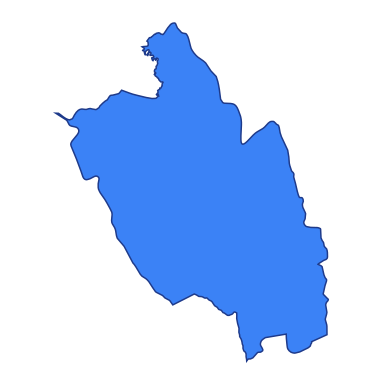 Sambú, Emberá, Panama (Mercator projection)
{"feature_id": "35544464B41200753641773", "entity_name": "Sambú", "entity_type": "district", "adm_level": 2, "iso_a3": "PAN", "parent_name": "Panama", "parent_adm1": "Emberá", "projection": "mercator", "projection_center": [-78.143, 7.844], "detail": "fine", "context": "isolated", "style": "filled", "palette": "blue", "viewbox_px": 384, "rotation_deg": 0, "n_neighbors": 0, "source": "geoboundaries", "source_scale": "gbopen_adm2", "svg_char_len": 5859}
<svg xmlns="http://www.w3.org/2000/svg" viewBox="0 0 384 384"><path d="M145.8,278.6L147.2,279.8L148.8,281.6L153.0,288.1L155.5,291.7L156.5,292.4L162.4,295.4L163.1,296.0L164.9,297.9L169.4,300.3L170.0,300.9L172.8,304.9L194.3,294.0L196.4,294.9L198.8,296.4L201.6,296.6L202.6,296.9L203.8,297.6L204.6,298.0L205.6,298.1L206.6,297.9L207.2,298.2L208.9,299.9L211.3,301.1L211.9,301.6L214.6,305.7L217.2,307.3L218.7,309.4L221.0,310.2L221.9,311.1L223.0,312.6L224.4,313.1L227.4,315.3L229.1,315.4L230.4,314.8L231.9,314.3L232.7,313.7L233.7,312.4L234.4,312.0L235.1,312.1L236.7,312.9L236.8,314.9L236.7,318.5L237.6,323.4L239.0,328.3L238.9,332.3L239.7,335.2L239.6,335.8L239.6,336.2L240.0,337.2L241.0,338.8L241.7,340.7L242.0,342.0L242.3,344.1L243.0,345.7L243.0,348.4L243.5,350.0L244.0,351.1L245.3,352.1L246.0,353.6L246.1,354.7L246.1,356.8L246.6,359.5L246.7,361.0L248.1,359.1L248.7,359.0L250.6,358.9L252.9,357.8L257.5,352.6L258.2,352.3L260.7,352.1L261.8,351.4L262.6,350.8L262.8,350.2L262.8,349.6L262.2,348.2L260.6,345.4L260.4,344.3L260.5,343.1L261.1,341.3L261.9,340.2L263.4,338.9L265.4,337.6L286.2,334.1L286.4,338.7L287.1,345.7L287.4,347.7L287.8,348.9L289.1,350.7L291.0,352.2L293.0,352.9L294.7,353.1L295.8,352.9L299.8,351.9L308.0,347.9L309.2,347.0L310.3,346.0L310.8,344.3L311.7,342.7L311.6,341.7L327.0,334.7L326.9,326.2L326.7,324.7L325.3,319.7L325.4,318.5L326.6,314.1L326.9,312.3L325.7,305.0L325.9,303.9L326.4,302.5L328.0,300.6L328.3,299.5L328.1,299.1L327.1,298.2L323.7,294.7L323.3,294.2L323.2,293.8L325.0,285.7L326.5,281.0L326.6,279.9L326.4,279.3L325.1,277.7L323.9,274.7L322.1,266.7L321.1,265.8L318.0,264.3L318.2,264.0L318.7,263.6L323.7,260.4L326.1,259.4L327.1,258.4L327.4,257.6L327.5,256.6L327.4,252.4L327.1,250.4L326.6,248.9L324.8,247.0L324.2,246.1L323.5,242.5L322.1,240.4L321.0,237.9L320.6,229.3L320.4,228.7L319.3,228.1L317.6,227.6L310.7,227.4L307.0,226.7L306.0,226.3L305.3,225.7L304.6,224.8L304.0,223.7L303.8,222.7L303.8,221.8L305.1,218.8L305.6,213.7L305.2,212.5L302.8,207.3L302.5,205.8L302.4,204.1L303.3,201.4L303.1,199.5L302.6,198.4L302.1,197.8L301.5,197.6L300.0,197.6L299.4,197.3L298.9,196.4L298.3,194.9L297.3,191.4L295.4,183.2L293.8,177.4L293.7,176.5L293.9,174.6L293.8,173.8L293.3,172.8L291.7,171.1L291.4,170.5L289.8,165.6L289.3,163.3L288.8,156.9L287.7,150.2L281.4,136.7L280.1,132.7L279.2,127.6L278.6,125.7L278.0,125.0L276.4,124.2L275.9,123.5L274.0,121.7L273.2,121.4L272.0,121.4L270.9,121.5L269.9,121.9L268.3,123.1L264.6,127.1L262.9,128.5L257.1,131.9L255.4,133.1L253.3,135.0L247.2,141.4L245.5,142.9L244.3,143.7L243.3,144.1L242.5,144.1L241.8,143.7L241.4,142.9L241.1,142.0L240.9,139.6L240.9,135.8L241.4,124.9L241.4,122.3L241.1,119.2L240.7,117.0L240.4,115.9L238.5,110.7L237.2,107.8L236.1,106.1L235.2,105.2L234.3,104.5L232.9,103.9L230.7,103.5L224.3,103.2L223.4,102.9L222.7,102.5L220.6,99.3L219.3,89.2L218.5,84.7L217.8,81.6L216.2,76.5L210.9,70.9L205.9,63.3L205.4,62.7L203.3,60.9L197.7,57.0L196.0,55.4L193.7,52.7L192.1,50.3L191.1,48.4L190.4,45.9L188.8,39.5L187.8,36.5L186.8,34.7L186.3,34.0L185.6,33.6L182.8,33.1L181.5,32.5L177.4,28.0L175.6,23.7L175.2,23.3L174.8,23.0L173.3,23.1L172.2,23.4L170.6,24.4L167.8,27.8L164.3,33.1L163.3,34.3L163.0,34.5L162.5,34.5L161.9,34.1L161.3,34.2L160.8,34.1L160.1,33.3L158.9,32.8L157.1,33.1L156.1,33.4L155.5,34.2L154.6,34.2L152.1,36.5L151.4,36.9L151.1,37.4L150.4,37.6L149.4,37.7L146.9,41.1L147.7,41.7L148.1,42.6L148.2,44.8L148.0,45.7L146.9,46.3L143.0,46.6L142.1,46.8L144.3,48.4L144.2,49.1L143.7,49.8L143.5,50.0L142.7,50.2L142.6,50.4L142.7,50.6L143.4,50.6L144.0,51.1L144.8,54.2L145.2,54.8L145.4,54.8L145.5,54.7L145.2,52.9L145.5,51.6L145.9,51.2L147.1,50.2L148.3,49.7L148.7,49.8L149.1,50.2L149.1,50.9L148.5,52.5L147.0,54.7L147.1,55.2L147.5,55.5L147.8,55.5L148.8,53.0L149.5,52.4L150.1,52.1L150.8,52.6L151.0,53.3L150.7,53.9L150.0,54.7L150.0,55.2L150.3,55.4L152.6,55.2L153.0,55.3L153.2,55.5L153.8,56.6L153.7,57.3L153.3,57.5L152.2,57.5L151.9,57.7L151.7,58.0L152.2,59.7L152.6,60.5L153.1,60.6L153.4,59.3L154.4,58.8L154.8,58.7L155.0,58.9L155.5,60.1L156.3,59.8L156.2,58.7L156.5,58.2L156.9,58.1L157.4,58.3L157.9,58.6L158.1,58.9L158.1,59.6L157.3,61.4L157.7,63.5L156.8,65.8L156.1,66.3L156.2,68.3L155.9,69.0L155.1,69.2L154.9,69.4L154.4,70.8L154.5,71.9L155.6,72.6L155.7,73.3L155.5,73.5L154.8,73.5L154.3,74.5L154.5,74.7L154.7,74.3L154.9,74.3L155.3,75.9L156.8,76.9L157.5,77.9L157.8,77.9L158.5,78.6L158.8,79.6L159.2,80.2L160.8,81.9L161.3,82.0L162.5,81.9L162.9,82.1L163.0,82.4L162.1,84.0L162.2,85.8L161.7,86.1L161.6,86.7L160.8,88.1L159.8,88.1L159.6,89.4L159.2,89.4L157.7,90.5L158.1,92.1L158.0,92.6L157.4,93.2L157.7,93.6L156.5,94.3L156.4,94.5L156.6,94.9L157.1,95.2L157.9,94.6L158.3,94.7L158.5,95.0L158.4,95.7L158.7,96.1L157.9,96.5L156.4,98.0L155.9,98.3L155.1,98.4L152.0,98.5L146.1,97.5L137.4,95.4L132.8,94.2L129.2,93.0L121.6,90.2L119.3,93.1L118.4,93.7L112.9,95.1L111.0,95.3L110.2,95.6L109.0,97.1L107.8,99.1L107.3,99.8L105.2,101.1L102.7,103.2L99.8,106.1L99.2,107.4L98.8,107.8L96.5,109.4L95.8,109.6L91.8,108.9L90.1,108.5L88.5,108.8L86.5,109.4L85.1,109.4L81.8,109.0L80.0,109.4L78.3,110.3L76.3,112.3L74.4,115.1L73.0,117.8L72.3,118.8L69.5,119.9L67.9,119.5L65.9,118.6L63.3,116.9L60.5,114.7L58.5,113.3L55.7,113.2L66.5,120.1L67.3,121.1L69.1,124.6L70.0,125.5L71.4,126.1L75.0,126.9L76.4,127.3L77.5,128.0L78.3,129.0L78.7,130.0L78.8,131.0L78.7,131.9L78.2,133.2L77.2,134.8L72.1,141.0L71.2,142.7L70.9,143.5L70.8,144.6L71.1,146.0L76.5,159.1L80.9,170.9L82.9,176.8L83.7,178.2L84.6,179.1L85.2,179.4L86.2,179.7L87.5,179.5L89.9,178.8L94.1,176.6L95.5,176.1L96.4,176.1L97.3,176.3L98.2,177.0L98.7,177.5L99.1,178.9L98.2,183.7L98.2,187.4L98.5,189.1L99.3,191.0L100.3,192.9L104.9,199.5L107.2,203.4L110.0,208.5L111.8,212.2L112.0,213.5L112.1,214.6L111.6,220.3L111.8,222.3L112.3,223.7L114.6,227.6L115.3,229.3L115.7,230.9L116.5,235.8L117.1,237.7L117.4,238.4L124.1,246.3L133.0,263.1L134.2,264.4L135.9,266.9L140.4,274.4L142.0,276.2L145.8,278.6Z" fill="#3b82f6" stroke="#1e3a8a" stroke-width="1.5"/></svg>